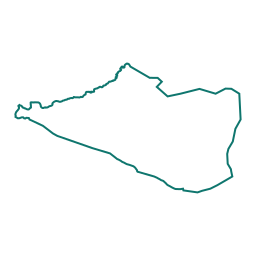 Rashaant, Hövsgöl, Mongolia (Robinson projection)
{"feature_id": "93677404B8615424997314", "entity_name": "Rashaant", "entity_type": "district", "adm_level": 2, "iso_a3": "MNG", "parent_name": "Mongolia", "parent_adm1": "Hövsgöl", "projection": "robinson", "projection_center": [100.984, 49.181], "detail": "fine", "context": "isolated", "style": "outline", "palette": "teal", "viewbox_px": 256, "rotation_deg": 0, "n_neighbors": 0, "source": "geoboundaries", "source_scale": "gbopen_adm2", "svg_char_len": 5153}
<svg xmlns="http://www.w3.org/2000/svg" viewBox="0 0 256 256"><path d="M240.6,119.5L239.3,93.7L231.4,88.8L225.5,88.6L215.6,93.7L199.5,88.9L180.5,93.7L167.6,96.4L156.8,86.9L161.8,81.7L157.7,77.9L149.6,77.8L149.5,77.7L130.4,66.6L129.0,64.3L128.4,64.0L128.2,64.0L128.1,63.8L127.8,63.7L127.3,63.7L127.0,63.6L126.5,63.7L126.2,63.9L126.0,64.1L125.4,64.5L124.9,65.0L124.7,65.3L124.5,66.2L124.5,66.3L124.5,66.6L124.5,67.0L124.4,67.2L124.4,67.3L124.0,67.6L123.6,67.6L123.8,67.4L124.1,67.3L124.2,67.2L124.3,67.0L124.3,66.8L124.2,66.8L123.8,67.1L123.7,67.1L123.0,67.0L122.8,66.8L122.5,66.6L122.2,66.6L121.9,66.6L121.6,66.8L121.0,67.7L120.3,68.6L120.2,68.9L120.3,69.0L120.5,69.2L120.8,69.4L121.0,69.7L121.1,69.8L121.0,70.1L120.8,70.2L120.7,70.3L120.3,70.9L120.0,71.0L119.0,71.4L118.7,71.7L118.5,71.9L118.0,72.2L118.0,72.4L118.0,72.6L117.9,72.8L117.7,72.9L117.8,73.1L117.7,73.4L117.5,73.6L117.1,73.8L116.9,73.9L116.6,74.3L116.4,74.3L116.2,74.5L116.3,74.9L116.8,75.0L117.1,75.1L117.2,75.4L117.2,75.8L116.9,76.0L116.4,76.2L116.3,76.4L116.2,76.7L116.1,76.8L116.4,76.9L116.5,77.1L116.6,77.4L116.7,77.7L116.6,77.9L116.2,78.2L115.8,78.3L115.6,78.5L115.4,78.8L115.4,79.2L115.4,79.4L115.3,79.7L114.9,80.0L114.5,80.2L114.2,80.3L113.9,80.4L113.5,80.3L113.4,80.3L113.3,80.6L113.1,80.8L112.8,81.0L112.2,80.9L112.0,81.0L111.1,81.4L110.2,81.7L109.4,81.7L109.2,81.7L109.0,81.9L108.6,82.3L108.3,82.8L107.9,83.2L107.7,83.5L106.4,83.9L106.3,84.0L106.2,84.4L106.0,84.6L105.9,84.9L105.0,85.3L104.6,85.5L104.0,85.5L103.5,85.6L103.3,85.8L103.1,86.2L102.8,86.5L102.5,87.1L102.1,87.2L101.8,87.2L101.6,87.1L101.3,87.2L100.4,86.8L99.8,86.8L99.6,86.9L99.2,87.1L98.9,87.5L98.5,87.6L98.2,87.8L97.8,88.0L97.4,88.3L97.1,88.4L96.3,88.5L95.8,88.7L95.0,88.9L94.5,89.2L94.2,89.3L94.1,89.5L94.1,89.9L94.1,90.3L94.0,90.7L94.0,91.0L94.1,91.5L93.8,91.8L92.6,91.8L92.1,92.0L91.7,92.4L91.4,92.5L90.9,92.6L90.7,92.6L90.7,92.4L90.9,92.4L91.1,92.3L91.5,92.2L91.8,92.0L91.8,91.8L91.7,91.7L90.9,92.0L90.6,91.9L90.3,91.8L89.9,91.9L89.5,92.0L89.1,92.0L88.9,91.8L88.7,91.8L87.1,91.9L86.5,91.9L86.3,92.0L86.1,92.2L85.9,92.6L85.8,92.9L85.7,93.4L85.6,93.7L85.6,94.3L85.5,94.5L85.0,94.7L84.5,94.9L84.1,95.2L83.6,95.6L83.3,96.0L83.0,96.5L82.7,96.9L82.4,97.0L81.8,97.1L81.4,97.0L81.2,96.9L80.9,96.9L80.7,96.9L80.2,97.2L79.7,97.4L79.3,97.5L78.6,97.4L77.8,97.3L77.2,97.3L76.7,97.3L75.1,97.3L74.5,97.2L74.0,97.0L73.8,97.0L73.7,97.1L73.6,97.5L73.4,97.7L73.1,97.8L72.8,98.0L72.6,98.1L72.0,98.1L71.8,98.0L71.4,98.0L70.2,98.2L69.7,98.4L69.3,98.7L69.0,98.8L68.5,98.8L68.2,98.7L67.9,98.8L67.6,99.1L67.2,99.4L67.0,99.5L66.6,99.5L66.3,99.7L65.9,99.8L65.3,99.8L64.9,100.0L64.2,100.4L63.0,100.6L62.8,100.7L62.6,100.8L62.3,101.1L61.9,101.3L61.3,101.5L60.2,101.8L59.6,101.8L58.9,101.6L58.4,101.3L57.0,101.1L56.6,101.0L56.0,101.0L54.6,101.5L54.4,101.6L53.8,102.0L52.9,102.8L52.7,103.0L52.5,103.3L52.4,103.6L52.4,103.9L52.5,104.3L52.5,104.6L52.3,105.0L52.1,105.2L51.8,105.5L51.1,105.8L50.8,105.9L50.4,106.0L50.1,106.1L49.4,106.2L49.1,106.4L48.8,106.6L48.3,107.0L47.5,107.4L47.3,107.4L46.9,107.5L46.3,107.5L46.1,107.5L45.9,107.6L45.6,107.6L45.5,107.4L45.4,107.4L45.1,107.4L44.6,107.5L44.2,107.6L43.7,107.9L43.4,108.0L43.0,108.0L42.7,108.0L42.3,107.9L42.0,107.7L41.4,107.3L41.1,106.9L40.8,106.4L40.8,106.1L40.7,105.2L40.4,104.7L40.2,104.0L40.0,103.7L39.8,103.4L39.4,103.1L39.1,102.8L38.5,102.5L38.1,102.4L37.9,102.4L37.3,102.4L34.9,102.3L34.6,102.3L34.4,102.3L34.2,102.4L33.9,102.5L33.5,102.4L32.6,102.4L32.2,102.4L31.9,102.3L31.5,102.3L31.1,102.3L30.9,102.4L30.7,102.5L30.6,102.8L30.7,103.5L30.7,104.6L30.8,104.7L30.9,105.0L30.9,105.5L30.8,106.0L31.0,107.0L31.0,107.3L30.9,107.5L30.7,107.8L30.4,107.9L30.0,108.1L29.9,108.3L29.5,108.7L29.1,109.1L28.9,109.3L28.6,109.4L28.1,109.5L27.6,109.4L26.8,109.2L25.8,108.7L25.3,108.4L24.8,108.3L24.4,108.3L24.2,108.2L23.8,107.8L23.7,107.8L23.4,107.6L23.1,107.6L22.9,107.6L22.6,107.4L22.4,107.2L22.1,106.6L21.9,106.3L21.6,106.0L21.3,105.8L20.9,105.6L20.2,105.5L19.8,105.4L19.5,105.0L18.8,105.5L18.7,105.5L18.4,105.8L18.4,106.0L18.5,106.3L18.6,106.6L18.7,106.8L18.8,107.0L19.0,107.2L19.0,107.7L19.0,108.0L18.9,108.3L18.9,108.6L18.7,108.9L18.6,109.1L18.0,109.8L17.8,110.2L17.0,111.0L16.6,111.6L16.4,111.8L16.2,112.0L15.9,112.7L15.6,113.5L15.5,113.8L15.4,114.4L15.4,114.7L15.4,114.9L15.6,115.2L15.7,115.4L15.7,115.6L15.6,115.9L15.6,116.5L15.5,116.9L17.9,118.3L19.5,118.2L21.0,117.6L22.0,117.3L23.1,117.3L23.7,117.8L24.1,118.3L25.3,118.5L26.3,117.8L28.8,118.0L29.5,119.5L42.9,125.8L53.0,133.5L57.3,135.9L92.3,148.1L110.0,153.4L117.4,159.2L118.2,159.4L119.5,160.1L120.9,160.9L121.8,161.6L122.2,161.9L122.7,162.0L123.1,162.3L124.2,162.7L124.6,162.9L124.8,163.1L126.7,164.1L129.6,164.9L133.5,166.3L135.1,167.6L136.1,169.0L137.0,170.2L137.2,171.3L137.5,171.7L154.2,176.5L156.2,177.4L157.3,177.9L158.4,178.6L159.5,179.1L161.2,180.2L162.5,180.6L163.4,181.0L164.8,182.3L166.1,183.5L166.8,184.4L168.2,185.4L169.5,186.0L172.3,187.6L174.4,188.6L175.5,189.0L178.2,189.1L180.6,189.1L183.0,188.7L183.4,190.4L197.5,192.4L202.1,190.8L210.3,188.7L217.3,185.2L232.3,176.5L231.2,171.3L230.9,169.2L227.7,163.8L227.2,153.9L228.4,148.9L232.8,141.5L235.4,128.8L240.6,119.5Z" fill="none" stroke="#0f766e" stroke-width="2"/></svg>